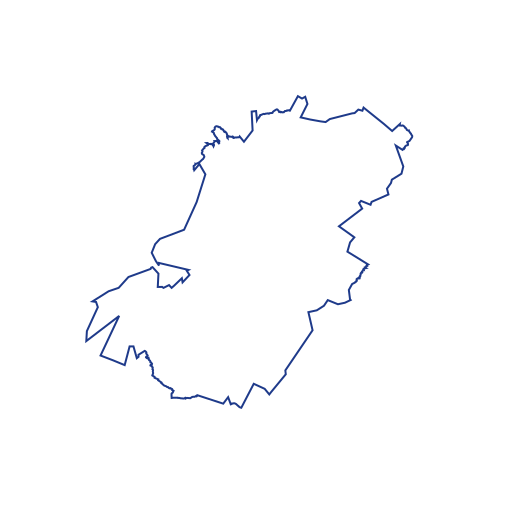 San Bernardo, Durango, Mexico (Albers equal-area conic projection), rotated 69°
{"feature_id": "50627088B70789765036822", "entity_name": "San Bernardo", "entity_type": "district", "adm_level": 2, "iso_a3": "MEX", "parent_name": "Mexico", "parent_adm1": "Durango", "projection": "albers", "projection_center": [-105.703, 26.184], "detail": "fine", "context": "isolated", "style": "outline", "palette": "blue", "viewbox_px": 512, "rotation_deg": 69, "n_neighbors": 0, "source": "geoboundaries", "source_scale": "gbopen_adm2", "svg_char_len": 6057}
<svg xmlns="http://www.w3.org/2000/svg" viewBox="0 0 512 512"><g transform="rotate(69 256 256)"><path d="M390.0,293.2L388.3,290.4L377.1,270.6L373.3,269.6L345.6,229.8L327.2,227.2L328.5,218.7L326.8,210.4L322.9,204.8L330.4,196.8L331.5,189.7L331.0,183.4L330.0,183.7L321.0,181.5L316.6,176.3L316.3,173.3L316.0,173.0L315.9,171.9L315.1,171.2L315.3,170.8L315.2,170.7L313.7,170.4L313.4,169.7L313.4,169.4L313.8,168.1L313.3,168.2L313.1,168.1L313.1,167.7L313.6,167.3L313.6,167.0L312.6,166.9L312.4,166.7L312.7,166.5L312.3,165.9L311.8,165.8L310.9,164.9L310.3,164.9L309.6,164.3L309.3,163.7L309.6,163.2L309.6,162.9L309.3,162.6L308.9,162.9L308.5,162.7L308.2,162.0L308.2,161.8L306.8,160.4L307.1,160.2L306.6,160.1L306.5,159.6L306.7,157.9L306.4,158.2L305.6,158.3L305.6,157.6L305.3,156.9L305.2,156.2L304.9,156.4L304.6,156.4L304.3,156.0L304.3,155.5L304.2,155.3L304.1,154.3L284.7,169.1L277.0,163.3L273.8,157.5L258.0,167.9L249.8,139.9L243.5,140.8L242.2,138.2L249.2,130.7L246.9,128.7L246.0,110.3L240.1,109.6L236.2,103.8L233.4,101.8L231.3,90.7L225.2,86.4L203.0,85.9L209.4,81.2L209.0,80.5L209.2,80.3L209.3,79.7L208.8,79.0L208.7,79.2L208.3,79.2L208.3,78.4L207.5,78.0L207.1,77.4L206.7,76.0L206.9,74.6L206.8,74.4L205.9,73.9L204.9,73.9L204.0,74.2L203.8,74.1L203.6,71.5L201.1,67.8L200.6,67.4L199.7,67.1L198.2,67.5L197.2,67.5L195.9,68.1L195.2,68.1L194.3,68.4L193.6,68.3L193.6,68.7L193.3,69.1L192.3,70.0L190.7,70.1L190.0,70.5L189.9,70.7L189.5,70.9L188.7,70.9L188.1,71.2L186.9,72.0L186.6,72.5L186.6,73.2L186.0,74.2L185.7,75.0L185.2,75.0L184.4,74.5L188.1,84.1L178.3,89.4L156.0,102.4L158.5,104.6L156.0,108.0L157.9,112.7L157.3,115.1L154.6,138.0L155.9,143.0L153.5,147.4L148.0,156.5L142.6,164.6L132.5,153.5L125.0,153.0L125.5,156.6L121.8,159.6L132.5,172.3L132.2,172.7L131.8,172.7L131.7,173.4L131.4,174.0L131.5,174.7L131.2,175.2L131.4,175.9L131.0,177.0L131.7,178.4L131.5,178.8L131.6,179.3L131.5,179.6L130.9,180.3L131.0,180.5L130.9,180.7L130.6,180.9L130.6,181.7L130.5,181.8L130.1,181.5L129.9,181.8L129.8,182.8L128.5,182.9L126.9,183.5L126.5,184.3L126.9,186.5L127.2,187.7L127.6,188.7L128.2,189.2L128.3,189.5L127.6,191.9L127.6,192.4L127.8,192.9L127.6,193.3L127.1,193.7L127.0,194.5L126.6,195.8L126.6,197.1L126.1,197.8L126.0,199.5L126.2,200.3L125.9,201.5L126.2,202.0L127.1,202.4L127.4,203.4L128.0,203.8L128.5,205.3L129.5,206.4L120.7,204.0L119.6,208.3L137.6,214.2L145.0,226.3L138.6,228.4L138.9,228.7L139.1,229.4L138.7,230.2L138.4,231.7L138.2,232.0L137.7,233.5L137.9,234.0L137.7,234.8L137.3,234.9L137.0,234.7L136.4,234.7L136.0,235.1L136.1,235.8L136.0,236.2L135.5,236.9L135.1,237.9L134.8,238.4L134.4,238.5L134.6,239.4L135.4,240.0L135.2,240.2L135.7,240.3L135.3,240.5L134.7,240.2L133.9,240.2L132.9,239.5L132.2,239.6L132.0,239.4L130.5,239.5L130.0,239.6L129.9,239.8L129.4,240.1L128.8,240.2L128.4,240.8L128.6,241.1L128.4,241.2L128.0,241.0L127.5,241.3L127.0,241.3L126.7,241.5L126.2,241.4L125.7,241.8L125.5,242.3L125.2,242.3L124.6,242.7L124.5,243.1L124.0,243.0L122.9,243.4L122.7,244.1L122.4,244.2L122.3,244.5L121.8,244.7L121.5,245.4L120.8,246.0L120.6,246.8L120.7,247.6L121.4,248.6L122.5,248.9L123.1,249.3L123.5,250.2L123.7,252.1L123.9,252.3L124.0,252.1L124.6,252.2L125.8,251.3L126.8,251.3L127.5,251.5L128.6,251.1L129.6,251.1L130.2,250.7L131.0,250.6L132.1,250.1L132.3,250.1L132.5,250.3L133.8,250.4L134.1,249.7L135.5,249.0L136.0,249.2L137.1,250.0L137.5,250.0L137.6,250.3L136.8,250.6L136.4,250.5L136.2,250.7L135.6,250.4L135.5,250.5L134.3,252.2L133.8,253.6L134.2,253.6L134.6,253.9L135.2,255.1L136.1,255.8L136.5,255.7L136.8,255.4L137.2,255.4L137.5,255.5L138.3,256.3L137.4,256.3L137.1,256.7L136.4,256.7L135.5,257.1L135.4,258.0L135.1,258.2L135.1,258.6L134.8,259.1L134.6,259.8L134.2,260.4L133.4,260.5L133.1,260.7L132.8,261.7L134.5,260.7L134.9,260.7L135.1,260.9L135.3,261.2L135.3,263.7L135.6,264.9L136.0,265.3L136.6,265.3L137.1,266.7L138.1,268.5L138.8,268.4L139.4,268.6L140.4,269.7L141.3,269.8L141.8,269.6L142.8,268.7L144.5,268.6L144.9,268.7L146.0,270.0L146.5,270.7L146.6,271.3L148.1,274.9L148.4,276.9L148.5,279.0L148.3,279.3L148.5,279.3L148.5,279.6L148.8,280.0L149.4,280.7L149.5,281.8L150.4,282.3L151.3,282.4L152.6,283.1L153.1,283.0L153.2,282.7L153.7,282.8L149.9,275.9L161.6,274.0L184.4,292.1L205.7,313.7L205.6,339.5L208.8,345.9L215.6,352.2L224.8,351.3L229.4,350.2L229.4,349.9L227.7,349.1L244.8,324.0L245.0,325.9L249.9,324.9L254.3,334.0L250.2,333.2L254.4,343.2L255.5,346.2L252.0,347.6L252.6,353.8L251.2,354.7L249.7,358.8L237.5,353.4L229.3,356.6L229.3,358.0L230.3,359.1L229.9,382.6L236.5,395.6L236.1,406.2L239.8,424.9L241.6,421.8L247.1,422.0L265.5,440.8L274.6,444.9L262.9,405.2L293.2,436.8L302.2,426.8L310.8,417.7L295.1,406.4L296.5,402.8L308.7,403.9L308.0,401.8L306.1,401.1L304.7,393.9L305.3,393.4L306.5,392.9L307.1,393.0L307.5,393.4L307.9,393.4L310.0,392.8L310.6,393.5L310.8,393.8L310.7,394.6L311.2,395.0L312.2,394.5L312.3,394.2L312.2,393.7L312.8,393.6L312.6,392.8L312.8,392.8L313.3,393.0L313.6,392.9L314.3,393.1L315.0,393.1L315.6,392.5L316.5,392.4L317.0,392.6L317.4,392.7L317.9,392.1L319.4,391.7L319.7,391.9L320.0,392.3L319.9,393.4L320.3,393.8L320.5,393.8L321.4,392.7L322.5,392.7L322.8,392.4L323.2,392.4L324.6,393.2L324.8,393.0L325.6,393.0L326.8,393.7L328.5,394.0L329.3,394.7L329.6,394.8L330.2,395.6L330.4,395.6L330.6,395.3L331.6,394.8L332.4,394.0L332.8,394.0L333.4,394.3L336.2,391.4L336.9,391.9L340.2,389.6L340.5,390.0L344.0,388.2L345.6,386.4L346.4,386.0L346.9,385.1L347.2,385.1L347.9,384.5L348.2,384.5L349.0,383.5L348.8,383.1L349.8,382.4L349.9,382.2L350.1,382.0L350.6,381.9L351.0,382.2L351.2,382.3L352.3,381.3L353.7,382.7L354.0,383.8L354.3,384.2L356.1,384.9L358.3,385.6L358.6,384.3L360.1,380.2L360.6,379.7L360.6,379.4L361.0,378.5L361.9,377.2L362.3,376.2L363.0,375.0L363.3,373.7L363.2,373.6L363.0,372.8L363.4,372.5L363.8,372.6L363.7,371.4L365.2,368.3L364.7,366.0L365.1,364.5L365.4,363.9L365.4,363.4L365.2,362.3L365.7,362.0L365.7,361.5L364.9,360.7L382.1,339.5L377.8,332.6L385.3,332.7L385.1,331.7L385.4,331.6L385.2,331.0L385.5,330.2L385.5,329.5L385.9,328.7L387.1,327.6L389.6,326.4L389.7,326.2L391.0,325.7L391.9,324.8L392.4,324.1L374.5,303.9L383.1,295.5L390.0,293.2Z" fill="none" stroke="#1e3a8a" stroke-width="2"/></g></svg>